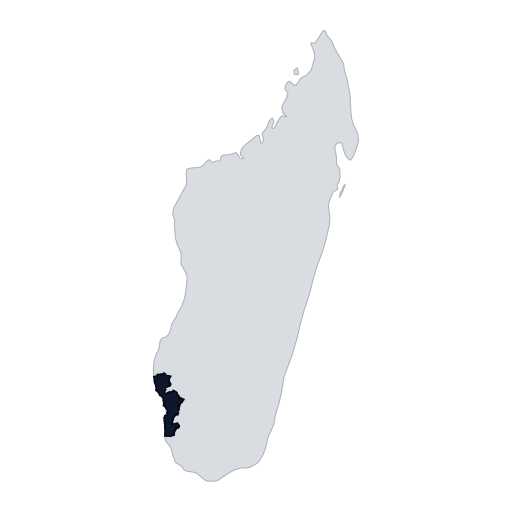 Toliary-II, Atsimo-Andrefana, Madagascar shown in context
{"feature_id": "10022922B75767771564463", "entity_name": "Toliary-II", "entity_type": "district", "adm_level": 2, "iso_a3": "MDG", "parent_name": "Madagascar", "parent_adm1": "Atsimo-Andrefana", "projection": "natural_earth1", "projection_center": [43.811, -23.281], "detail": "fine", "context": "in_parent", "style": "filled", "palette": "ink", "viewbox_px": 512, "rotation_deg": 0, "n_neighbors": 0, "source": "geoboundaries", "source_scale": "gbopen_adm2", "svg_char_len": 8700}
<svg xmlns="http://www.w3.org/2000/svg" viewBox="0 0 512 512"><path d="M332.4,42.5L333.7,45.9L335.2,49.3L339.9,57.4L341.9,60.5L343.6,63.8L344.4,70.4L347.4,80.6L350.2,96.1L350.9,111.9L351.7,119.1L353.9,126.0L357.5,133.0L358.6,140.9L356.3,149.0L353.0,156.7L352.2,158.1L350.7,160.1L350.0,160.0L347.4,158.0L345.3,154.8L342.7,147.2L341.8,143.3L340.7,142.7L337.6,143.0L335.3,145.5L334.9,147.0L335.3,151.3L336.2,155.1L336.5,159.0L336.5,164.0L337.4,165.5L338.6,166.7L339.8,169.9L340.0,177.6L339.2,181.5L337.0,184.9L337.1,186.7L337.9,188.6L337.1,189.8L334.2,191.2L333.0,192.5L331.4,195.9L328.8,202.8L328.4,206.3L329.9,217.1L329.4,224.8L326.0,239.4L324.1,246.3L321.4,254.6L317.2,265.5L313.1,279.3L309.6,293.4L307.0,301.9L304.1,310.2L300.1,325.0L296.6,340.0L291.6,356.6L284.7,375.0L283.9,377.4L282.5,386.8L280.9,395.0L279.0,403.1L275.1,416.4L274.6,420.6L273.8,424.5L270.1,432.9L268.5,436.0L267.4,439.3L266.7,443.5L265.6,447.6L262.9,455.1L258.9,461.5L256.2,463.8L250.3,467.2L247.3,467.9L240.8,468.0L234.4,469.9L227.8,473.6L221.4,477.9L218.9,479.9L216.2,481.0L207.8,481.3L205.3,480.4L196.9,473.4L193.6,472.2L187.4,471.3L185.6,470.7L183.9,469.7L181.4,466.1L176.4,463.0L175.2,462.0L174.5,459.9L173.9,457.6L172.7,455.0L171.7,450.2L170.1,446.7L165.5,440.7L165.0,438.8L164.6,432.4L164.8,428.0L164.3,420.1L164.9,416.3L166.5,413.0L165.8,409.3L164.1,405.5L163.5,401.6L162.2,397.9L157.4,391.5L156.2,388.3L155.5,385.0L153.6,374.6L153.4,371.1L153.7,363.5L154.3,359.6L155.5,356.8L155.8,354.8L156.6,353.1L157.7,351.7L158.5,350.0L160.3,340.3L162.5,338.1L165.9,336.9L168.6,334.4L170.2,330.9L171.8,323.9L176.1,316.9L177.6,313.2L181.0,307.6L184.1,299.8L185.0,296.1L185.7,292.4L186.5,284.1L187.1,280.0L187.0,275.9L185.2,271.7L181.0,264.1L180.9,262.6L181.2,257.0L180.9,252.9L179.3,248.8L177.4,245.0L175.4,237.8L174.5,225.9L174.7,221.6L174.1,217.8L172.7,214.2L173.7,207.8L186.3,184.9L186.7,182.1L186.2,175.1L186.4,171.1L186.9,169.5L187.8,168.7L190.0,168.2L200.1,167.2L201.4,166.5L204.0,164.6L207.5,160.8L209.1,159.8L210.4,160.2L211.3,161.8L212.4,162.6L216.5,160.9L218.1,160.9L219.7,161.2L220.5,159.6L220.9,157.5L221.5,156.0L222.6,155.2L227.9,154.7L231.3,154.1L235.6,152.7L236.6,153.0L240.0,158.2L241.1,158.7L242.5,158.9L243.7,157.9L240.8,155.2L240.4,153.6L240.6,151.9L242.1,148.1L244.7,145.2L250.4,140.8L256.3,135.7L258.0,135.4L259.4,136.2L260.5,142.2L260.4,143.1L261.3,143.3L262.4,142.5L263.4,140.1L263.5,138.1L262.7,136.2L262.3,134.6L262.3,133.1L265.3,129.5L267.6,126.1L268.7,122.1L269.7,120.3L272.2,118.2L272.9,118.5L273.5,120.2L273.8,122.0L273.2,123.8L272.2,125.6L271.9,127.9L273.3,128.4L274.6,127.8L276.5,123.5L278.7,119.5L280.1,117.4L281.7,115.9L284.5,116.2L287.1,117.1L282.8,112.9L281.7,107.0L287.0,97.0L287.0,94.9L287.8,94.2L288.1,93.4L285.5,90.0L285.0,88.3L285.3,85.7L286.6,83.5L287.8,81.9L289.5,81.3L290.8,82.1L293.6,84.9L295.6,85.4L297.9,82.7L299.9,79.3L302.8,77.0L306.1,75.6L311.1,70.3L314.4,59.2L314.7,56.0L314.0,52.1L312.8,48.4L310.9,43.8L311.4,42.7L314.2,43.3L315.1,42.7L318.1,38.6L323.0,30.7L324.6,30.7L326.0,32.2L326.5,34.4L327.4,35.9L330.7,39.7L332.4,42.5ZM298.1,73.5L298.1,74.7L294.4,74.2L293.8,70.1L295.7,69.9L296.1,68.2L297.2,68.0L298.4,71.7L298.1,73.5ZM342.7,191.5L339.4,197.7L340.4,192.5L344.1,185.2L345.2,184.6L342.7,191.5Z" fill="#d9dde1" stroke="#a8b0b8" stroke-width="1"/><path d="M165.9,408.0L166.2,408.4L166.2,408.7L166.6,409.3L166.8,409.6L167.2,409.8L167.5,410.2L167.7,410.7L167.6,410.9L167.7,411.4L167.6,411.6L167.5,411.8L167.4,412.3L167.1,413.1L167.0,412.8L166.9,412.6L166.9,412.3L166.7,412.4L166.8,412.7L167.1,413.2L167.1,413.8L167.2,413.5L167.4,413.7L167.5,414.0L167.5,414.3L167.3,414.3L167.2,414.6L166.7,414.9L166.6,415.1L166.1,415.1L165.5,415.2L164.7,415.7L164.6,415.9L164.5,416.5L164.5,416.8L164.4,417.1L164.0,417.7L164.3,417.7L164.5,418.1L164.2,418.4L164.4,419.0L164.2,419.4L164.2,419.5L164.4,419.9L164.3,420.4L164.2,420.5L164.2,420.3L164.2,420.9L164.3,421.2L164.3,421.3L164.4,421.7L164.5,422.0L164.8,422.4L164.8,422.7L164.7,422.9L164.6,423.1L164.4,423.3L164.5,423.6L164.8,424.0L165.1,425.2L165.0,425.6L164.9,425.8L164.7,425.8L164.8,426.8L164.7,427.6L164.9,428.3L164.7,428.8L165.0,429.5L165.2,430.1L165.1,430.3L165.0,431.9L165.0,432.6L164.9,433.5L164.8,433.8L164.9,434.7L164.8,435.1L164.9,435.6L164.8,435.9L165.4,435.9L166.0,435.9L166.2,436.0L166.4,436.2L166.6,436.4L166.9,436.4L167.2,436.1L168.5,435.9L169.0,436.3L170.2,436.3L170.6,436.1L170.9,436.3L171.2,435.8L171.4,435.7L171.9,435.7L172.1,435.6L172.6,435.5L173.6,435.5L174.1,435.3L174.2,435.1L174.1,434.7L174.2,434.0L174.4,433.6L174.4,433.4L174.3,433.2L174.4,432.8L174.4,432.6L174.7,431.6L174.9,431.2L175.1,430.7L175.1,430.4L175.5,430.2L175.7,429.9L175.7,429.5L175.8,429.5L176.1,429.4L176.4,428.9L176.4,428.4L176.6,428.1L175.9,427.2L176.1,427.2L177.0,427.2L177.3,427.4L177.9,428.1L178.1,428.1L178.1,427.9L177.7,427.6L177.9,426.9L178.1,426.7L178.5,427.8L179.0,427.3L179.3,426.5L179.4,426.0L179.3,425.6L179.2,425.3L178.6,424.8L178.5,424.6L178.2,424.3L177.8,423.3L177.2,423.0L175.7,423.5L174.6,423.9L173.9,423.9L173.0,424.3L172.4,424.4L172.2,424.4L172.5,423.8L172.7,423.4L172.7,423.1L172.5,422.2L172.6,421.1L172.8,420.6L173.0,420.1L173.1,419.7L173.4,419.5L173.3,419.2L173.2,419.2L173.3,419.0L173.2,418.7L172.8,418.4L172.8,418.5L172.6,418.3L172.7,418.1L173.2,417.9L173.6,417.7L174.4,416.9L174.6,416.5L175.0,415.7L175.6,415.4L175.7,414.8L176.1,414.0L176.2,413.8L176.4,413.7L176.5,413.9L176.5,414.2L176.4,414.6L176.6,414.8L176.8,414.6L177.0,414.4L177.5,414.8L177.8,414.9L178.1,414.5L178.1,414.4L177.9,414.3L178.1,414.1L178.1,413.5L178.2,413.2L178.4,412.9L178.6,412.4L178.4,412.2L178.1,412.1L177.9,411.9L177.7,411.3L177.6,410.8L177.9,410.4L178.0,410.3L179.1,409.9L179.3,409.7L179.3,409.1L178.9,408.4L178.4,408.2L179.3,407.0L179.4,406.6L179.5,406.6L179.6,406.2L178.8,406.8L178.5,406.9L178.4,406.8L178.0,405.9L178.1,405.7L178.6,405.0L179.7,405.0L179.9,404.6L180.4,404.0L180.5,403.6L181.0,402.9L181.5,402.6L182.0,402.5L182.2,402.4L182.4,402.0L182.6,400.7L183.1,400.4L183.5,400.2L183.8,399.7L184.0,399.3L183.6,399.1L182.4,398.9L182.1,398.6L181.9,398.4L181.4,398.2L181.0,398.0L180.3,398.6L179.5,399.4L179.2,399.5L179.1,399.3L179.1,399.2L180.0,398.4L179.9,397.9L179.7,398.0L179.2,397.8L179.2,397.6L179.8,397.6L179.8,397.3L179.5,397.0L179.4,396.6L179.1,396.5L178.9,396.2L178.6,395.4L178.2,395.2L178.0,395.4L177.9,395.3L177.8,395.1L177.7,394.5L177.2,394.2L177.2,393.6L177.0,393.2L177.1,392.8L176.9,392.4L176.6,392.2L176.4,392.1L175.9,391.7L175.2,391.3L174.6,391.1L174.1,391.7L173.8,391.6L173.7,391.4L173.9,390.5L173.6,390.4L173.3,390.3L171.4,392.1L171.2,392.1L171.0,391.9L170.6,391.9L169.9,392.3L169.6,392.0L169.4,391.7L169.2,391.8L169.0,392.1L168.8,392.4L167.9,392.5L166.8,393.3L166.4,393.4L166.2,393.4L165.7,393.7L165.1,393.7L165.1,393.4L164.9,393.1L164.7,392.2L164.8,391.1L164.9,390.9L165.1,390.7L165.2,390.1L165.4,390.0L165.6,390.0L165.8,389.8L165.4,389.6L165.2,389.4L165.1,388.6L165.1,387.8L165.4,387.6L165.8,387.6L166.0,387.4L166.4,387.3L166.6,387.2L167.1,387.1L167.5,386.8L168.3,386.5L168.6,386.1L169.2,386.0L169.7,386.2L170.3,385.6L170.4,385.3L170.7,384.9L170.8,383.9L170.5,383.8L170.4,383.6L169.8,383.5L169.4,383.3L169.5,382.9L169.9,382.6L170.0,382.2L169.4,382.0L169.1,382.3L168.8,382.1L168.9,381.6L169.2,381.3L169.2,381.0L169.3,380.4L169.3,380.2L169.2,380.0L169.2,379.5L169.1,379.4L168.8,379.3L168.7,379.1L169.3,378.2L169.9,377.9L170.2,377.5L170.4,377.2L170.3,376.9L170.5,376.7L170.4,376.6L170.7,376.2L170.0,376.0L168.2,375.7L167.9,375.7L166.1,375.3L165.3,374.7L165.5,374.0L164.7,373.9L164.0,372.9L163.5,373.5L162.8,373.9L162.2,374.4L161.5,374.7L161.2,373.9L160.2,374.4L159.5,374.4L158.4,374.2L157.9,374.3L157.4,374.5L157.1,374.7L157.5,375.4L157.3,375.7L156.8,375.9L155.9,376.1L154.7,376.4L153.8,376.5L153.7,376.7L153.9,377.6L154.2,378.2L154.3,378.4L154.2,379.0L154.3,379.2L154.3,380.0L154.2,380.3L154.2,380.7L154.2,381.2L154.4,381.4L154.4,381.7L154.6,382.2L154.8,383.3L155.1,383.7L155.2,384.1L155.5,384.8L155.7,385.5L155.7,386.4L156.0,386.9L156.1,387.7L156.0,387.8L156.2,388.9L155.8,390.0L155.9,390.4L156.1,390.6L157.2,391.2L157.8,392.0L158.5,392.6L158.8,393.3L158.9,393.5L159.2,394.2L159.4,394.5L159.7,394.7L159.8,395.3L160.0,395.6L160.3,395.5L160.7,395.6L160.8,395.8L161.1,396.0L162.1,396.8L162.8,397.6L162.9,397.8L163.3,398.8L163.3,399.4L163.2,399.6L163.4,400.4L163.4,400.5L163.2,400.6L163.3,400.8L163.5,401.4L163.5,401.8L163.7,402.2L163.6,402.8L163.6,403.2L163.6,403.4L163.8,403.5L163.8,403.9L164.0,404.1L164.0,404.7L163.9,404.9L163.9,404.7L163.7,404.2L163.7,403.7L163.6,404.1L163.6,405.4L163.5,405.8L164.0,405.7L164.5,405.3L164.8,405.3L164.7,405.6L164.8,406.3L165.0,406.2L165.0,406.4L165.3,406.5L165.4,406.8L165.6,406.8L165.6,407.0L165.5,407.3L165.7,407.7L165.8,407.8L165.9,408.0Z" fill="#0f172a" stroke="#020617" stroke-width="1.5"/></svg>